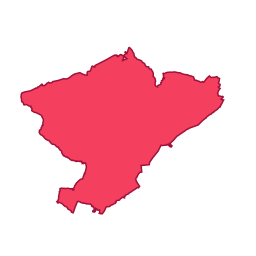 the district of Cozieni, Buzau, Romania, rotated 349°
{"feature_id": "2599482B64756507378142", "entity_name": "Cozieni", "entity_type": "district", "adm_level": 2, "iso_a3": "ROU", "parent_name": "Romania", "parent_adm1": "Buzau", "projection": "mercator", "projection_center": [26.473, 45.333], "detail": "fine", "context": "isolated", "style": "filled", "palette": "rose", "viewbox_px": 256, "rotation_deg": 349, "n_neighbors": 0, "source": "geoboundaries", "source_scale": "gbopen_adm2", "svg_char_len": 5697}
<svg xmlns="http://www.w3.org/2000/svg" viewBox="0 0 256 256"><g transform="rotate(349 128 128)"><path d="M58.0,200.8L61.1,195.5L64.3,190.6L64.6,190.4L66.7,191.3L67.2,191.9L69.2,193.1L72.0,193.9L72.8,194.7L73.9,194.7L76.8,195.7L77.4,196.3L77.5,196.8L77.3,197.3L77.5,198.0L78.7,198.1L78.7,199.3L79.5,200.4L80.8,200.4L80.9,200.6L77.5,202.8L77.5,203.5L78.9,204.1L79.7,203.8L80.2,203.3L79.5,202.8L80.9,201.7L81.8,201.5L82.0,201.8L81.9,202.3L82.0,202.5L82.5,202.5L82.9,203.0L84.3,203.0L84.3,204.2L84.1,205.4L83.5,206.3L84.8,206.9L86.4,207.3L88.9,205.0L91.5,201.4L93.1,201.3L94.2,201.6L94.9,201.5L97.1,200.4L98.1,200.4L100.0,199.6L100.9,199.6L101.9,198.9L101.9,198.7L101.7,198.3L102.3,198.1L102.7,197.3L103.6,197.0L105.5,197.2L106.0,197.0L107.2,195.9L108.4,195.6L109.2,194.9L110.0,195.1L110.8,195.8L111.3,195.9L111.4,195.1L111.3,194.3L112.7,194.1L112.9,193.9L113.1,193.2L113.6,193.0L114.8,193.0L116.0,192.7L117.1,191.8L119.5,191.1L120.4,190.5L123.5,189.4L125.9,188.2L127.0,188.7L128.3,187.4L127.9,186.9L127.5,185.4L126.7,184.0L126.5,182.7L126.0,182.1L125.9,180.0L126.1,179.0L126.6,178.4L127.4,178.0L127.8,177.2L129.5,175.1L131.3,173.8L133.1,173.9L133.7,167.3L141.8,168.1L142.7,165.8L146.4,162.1L153.2,156.4L157.1,151.2L158.0,151.7L162.7,152.1L162.9,151.5L163.6,151.8L164.7,153.0L165.0,152.0L165.4,151.2L166.1,151.8L166.8,152.8L166.3,153.3L165.2,153.5L165.8,154.5L166.2,154.2L166.9,154.8L167.8,154.0L166.4,152.0L167.0,150.7L169.9,149.0L174.6,145.3L175.9,145.0L177.3,144.2L183.1,141.8L185.7,140.5L187.2,140.4L187.6,140.0L190.9,139.4L197.5,138.4L202.5,135.0L204.9,133.7L206.6,133.0L207.5,132.1L208.8,131.4L210.7,130.5L212.3,130.2L213.3,129.4L214.5,128.8L214.6,129.0L215.2,128.8L215.2,128.5L219.3,126.7L221.2,125.3L222.1,124.8L222.5,124.9L223.5,123.2L223.8,123.1L227.2,118.7L225.6,118.2L224.8,117.5L227.0,116.2L227.3,115.7L227.3,115.4L226.9,115.0L225.8,115.0L225.2,114.7L224.3,114.1L223.1,113.9L222.7,113.0L222.9,112.0L222.5,111.2L223.9,108.8L226.0,106.7L224.9,105.6L224.5,105.0L226.1,104.4L226.7,103.1L226.7,102.8L226.1,102.4L225.3,101.2L226.2,99.9L227.3,96.9L226.5,96.2L225.8,96.0L225.1,94.5L222.9,94.7L219.0,94.2L217.8,92.4L214.4,94.6L211.2,97.5L210.1,96.6L208.8,97.1L208.3,97.1L206.3,95.4L205.4,95.2L204.8,94.6L203.7,94.0L202.9,94.0L202.5,93.8L202.4,93.3L202.5,92.5L202.2,91.6L202.1,90.4L201.3,89.8L200.7,89.6L199.9,89.0L198.0,88.2L196.6,87.1L194.2,86.4L191.4,85.1L190.1,84.0L187.1,83.0L185.2,82.1L182.6,81.6L181.7,81.7L179.8,81.1L178.3,81.1L177.6,80.9L175.9,81.0L173.9,81.6L173.5,81.5L173.3,81.1L172.8,81.2L172.9,83.3L172.3,85.3L172.4,85.6L173.4,85.7L173.3,86.3L173.0,86.6L171.4,86.4L171.3,87.6L169.9,88.1L170.1,88.8L170.0,89.0L168.8,89.8L168.9,90.4L168.7,91.0L167.4,91.7L165.8,91.8L164.9,92.6L164.9,93.2L163.9,92.7L163.1,91.8L162.8,90.7L163.3,88.8L164.0,87.5L164.0,84.7L163.2,82.9L162.6,82.2L162.8,81.4L163.2,79.1L163.1,77.9L162.3,75.9L162.1,74.7L160.2,74.0L159.9,71.9L158.1,71.5L157.1,70.4L156.6,68.1L155.9,67.2L154.7,66.4L154.1,64.7L152.6,63.6L149.9,62.1L149.3,60.8L148.0,59.2L147.9,55.7L147.3,54.7L146.9,52.7L145.2,49.8L144.6,49.5L144.4,49.0L144.2,48.7L144.3,49.0L141.3,54.4L140.2,52.8L139.5,53.0L139.9,53.6L140.0,54.8L138.9,55.1L137.3,56.3L138.6,57.6L140.2,59.8L135.6,60.8L136.2,59.7L136.7,59.5L136.7,58.9L137.3,58.4L137.0,56.6L136.7,55.9L135.4,54.7L134.6,54.5L133.8,54.8L132.3,55.9L131.5,56.0L131.6,55.1L130.9,55.0L130.9,54.3L130.1,54.1L129.7,54.4L129.4,54.1L128.6,53.9L119.6,56.9L107.5,60.4L107.0,61.8L106.6,61.8L105.1,60.5L104.4,60.6L101.9,64.8L100.9,65.0L99.7,64.8L98.8,65.2L98.2,66.6L98.1,68.3L96.8,68.1L95.4,67.4L93.2,66.1L91.9,64.9L91.2,64.5L86.2,64.8L84.4,65.3L81.2,66.7L80.3,67.4L77.4,68.1L75.6,67.8L74.2,67.3L68.7,68.0L62.9,68.1L62.4,68.8L59.8,69.1L59.0,68.0L56.6,68.8L56.3,69.5L55.1,69.7L54.4,70.5L51.9,70.0L51.9,69.6L52.3,69.2L52.2,68.9L51.8,68.5L48.4,70.5L47.2,70.6L46.6,71.4L45.2,71.2L42.0,72.2L39.1,72.9L33.6,72.9L30.7,73.3L29.7,74.5L28.9,77.2L28.9,78.2L29.0,78.8L28.7,81.6L29.1,82.3L29.9,83.0L30.2,85.2L30.4,85.5L32.9,85.6L34.7,87.3L36.9,88.2L36.4,88.9L37.5,90.7L36.8,92.3L37.2,93.1L38.4,94.0L38.6,94.4L41.2,95.7L45.1,98.8L45.6,99.5L45.8,101.1L46.2,102.1L46.5,103.4L46.2,105.3L45.6,106.1L45.0,109.2L44.6,109.2L44.5,108.8L44.2,109.1L43.8,110.3L42.8,111.1L42.8,111.9L42.5,112.2L42.4,112.6L41.3,113.0L40.4,113.7L40.4,114.5L40.0,115.4L40.7,117.5L41.0,117.9L42.5,118.9L42.9,119.7L43.5,120.5L44.2,122.0L45.6,123.8L46.1,124.0L47.2,125.0L47.9,125.2L48.6,126.1L49.1,127.4L50.1,129.0L50.9,129.6L51.8,129.8L52.4,130.1L53.4,131.0L54.0,132.1L55.0,133.3L56.0,133.6L56.3,134.3L56.2,134.6L56.9,136.4L58.1,137.7L58.4,138.2L58.4,138.9L58.3,139.3L58.3,140.2L59.0,141.5L59.3,142.9L59.8,143.1L59.8,142.7L60.3,143.4L61.0,144.2L61.3,144.4L62.0,144.8L62.5,144.8L62.9,145.4L63.2,145.3L63.7,146.0L64.5,146.7L65.1,147.8L66.9,149.2L67.4,149.0L68.2,149.3L68.3,149.6L69.3,149.9L70.7,151.0L71.2,150.5L72.0,151.0L73.8,151.3L74.0,151.6L74.4,151.7L75.5,151.5L76.3,152.6L76.2,152.9L75.9,152.8L76.1,153.1L76.1,153.4L76.5,153.8L76.5,153.4L77.0,153.8L76.7,154.2L77.7,154.3L77.7,153.7L78.0,153.6L78.7,153.8L78.5,154.0L79.6,154.6L79.8,156.8L79.6,158.8L77.5,163.3L76.7,164.0L76.7,164.3L77.0,164.3L77.0,164.6L76.4,164.5L73.7,169.3L72.4,169.2L70.9,169.6L67.0,172.1L64.8,174.4L63.8,176.1L62.9,176.9L62.3,177.0L62.3,177.4L62.9,177.8L63.1,178.3L62.1,178.5L61.2,176.8L59.6,176.6L57.6,175.7L54.7,175.4L53.9,175.0L51.8,174.7L51.5,174.4L49.8,174.5L49.9,174.8L49.6,175.1L49.2,176.8L48.3,177.6L48.3,178.8L47.9,179.4L46.8,182.2L46.4,184.1L45.6,185.4L45.5,186.1L44.3,186.5L44.5,186.7L44.4,187.8L44.9,188.3L45.6,187.9L46.4,188.0L48.1,189.0L49.4,190.3L50.0,191.4L51.2,192.9L52.9,193.9L53.2,194.5L53.3,195.6L53.5,196.0L56.1,198.1L56.1,198.5L56.4,198.9L56.4,199.8L58.0,200.8Z" fill="#f43f5e" stroke="#9f1239" stroke-width="1.5"/></g></svg>